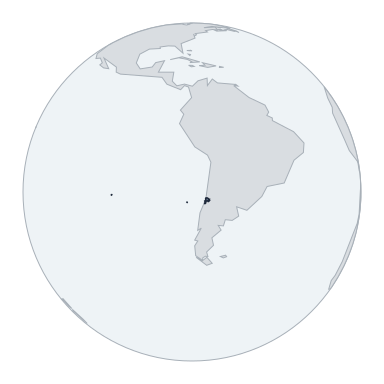 Valparaíso on an orthographic globe
{"feature_id": "CHL-2699", "entity_name": "Valparaíso", "entity_type": "Region", "adm_level": 1, "iso_a3": "CHL", "parent_name": "Chile", "parent_adm1": "", "projection": "orthographic", "projection_center": [-76.99, -30.119], "detail": "fine", "context": "on_globe", "style": "filled", "palette": "slate", "viewbox_px": 384, "rotation_deg": 0, "n_neighbors": 0, "source": "natural_earth", "source_scale": "10m", "svg_char_len": 4440}
<svg xmlns="http://www.w3.org/2000/svg" viewBox="0 0 384 384"><circle cx="192" cy="192" r="169" fill="#eef3f6" stroke="#a8b0b8"/><path d="M165.8,25.1L167.8,24.9L183.1,23.8L183.0,24.4L186.6,25.0L189.1,24.4L187.2,23.8L192.7,23.3L189.7,23.1L191.5,23.0L203.3,23.4L203.7,23.5L206.4,23.7L208.4,23.8L211.8,24.2L216.5,25.0L228.6,27.6L229.7,28.1L223.5,27.8L211.9,26.4L203.9,27.7L214.8,27.1L217.3,29.2L220.2,29.9L223.4,30.2L224.7,29.7L226.7,30.7L216.7,31.1L214.7,30.2L217.9,29.9L212.4,29.5L205.6,30.6L207.4,32.0L195.3,33.6L196.5,34.8L194.5,36.1L193.5,34.0L195.0,38.1L181.1,43.6L183.0,53.2L174.9,46.1L168.2,45.9L160.1,47.0L160.3,48.5L149.4,49.1L139.8,54.2L136.3,63.0L140.2,68.9L152.2,67.0L155.7,62.6L164.5,60.7L158.4,72.2L173.8,72.2L172.3,81.2L176.8,85.8L184.5,84.1L192.4,86.2L198.0,80.8L207.1,78.1L207.4,85.6L212.3,79.0L217.4,82.9L235.3,84.4L234.0,85.9L249.0,97.5L265.0,105.1L268.7,112.1L266.8,115.4L272.3,118.0L272.4,120.6L293.6,131.7L304.0,143.0L303.4,152.5L294.0,160.2L284.2,183.0L267.1,186.5L261.8,196.5L246.9,210.3L236.6,206.8L238.7,216.1L232.2,220.4L225.3,219.7L223.4,225.9L218.2,225.4L221.1,230.1L211.9,237.8L213.5,245.3L206.6,252.0L207.9,256.5L205.5,256.2L202.9,257.7L202.4,260.2L195.7,255.7L194.7,245.8L197.8,241.0L194.7,240.1L201.3,228.1L197.7,230.4L200.0,212.8L205.8,199.1L210.9,162.2L207.5,155.1L194.8,146.9L179.5,123.6L183.8,114.2L180.4,110.1L191.6,97.6L188.5,87.0L184.5,85.6L180.6,89.7L166.9,84.2L162.0,77.3L120.4,74.1L116.2,72.1L116.4,67.1L104.0,58.0L108.7,68.7L103.6,67.9L99.8,64.9L102.3,62.8L100.4,58.1L96.0,58.5L97.2,53.7L108.7,45.0L109.8,44.6L112.5,43.0L111.9,43.2L124.8,37.0L138.1,31.9L151.8,27.9L165.8,25.1ZM36.4,126.3L35.6,128.0L36.4,126.3ZM182.2,56.8L199.8,61.9L189.9,62.6L191.7,61.6L187.3,59.4L178.9,57.8L170.2,59.6L182.2,56.8ZM189.8,50.8L186.8,50.5L189.7,50.4L189.8,50.8ZM110.8,43.8L108.7,45.0L110.8,43.8ZM206.7,265.3L196.1,257.3L202.2,260.9L206.9,257.3L212.2,263.3L206.7,265.3ZM220.4,256.5L225.6,255.2L226.6,256.7L223.3,257.9L220.4,256.5ZM331.8,286.9L330.3,288.9L328.7,289.2L331.2,280.6L335.2,275.3L342.3,261.5L353.8,232.0L357.2,223.4L359.1,214.1L360.5,188.6L360.5,179.4L359.9,173.2L359.2,170.7L358.0,163.3L357.2,161.0L349.3,150.6L344.4,139.3L332.6,113.1L332.2,107.3L327.8,98.2L324.1,86.7L331.2,96.3L337.6,106.3L343.3,116.8L348.2,127.6L352.4,138.8L355.7,150.2L358.3,161.9L360.0,173.7L360.8,185.6L360.9,197.5L360.1,209.4L358.4,221.2L356.0,232.8L352.7,244.3L348.6,255.4L343.7,266.3L338.1,276.8L331.8,286.9ZM329.5,94.1L331.1,96.4L329.5,94.1ZM235.8,84.4L238.0,86.1L235.2,85.8L235.8,84.4ZM188.6,65.3L192.3,65.4L194.2,66.4L191.4,66.8L188.6,65.3ZM219.5,66.4L223.7,67.3L219.4,67.5L219.5,66.4ZM202.5,62.7L216.1,65.9L207.7,67.4L199.1,65.6L205.0,65.2L202.5,62.7ZM188.2,54.1L190.5,54.5L189.9,55.6L188.2,54.1ZM192.0,50.8L191.1,50.9L189.9,50.1L192.0,50.8ZM217.9,29.2L218.8,29.2L222.1,29.7L220.6,29.8L217.9,29.2ZM236.1,30.9L239.0,32.5L235.9,31.2L234.5,31.4L226.2,29.4L229.8,28.3L229.6,29.0L236.1,30.9ZM216.1,26.9L221.0,28.0L215.5,26.9L216.1,26.9ZM72.8,310.7L72.7,309.7L77.5,314.1L83.3,319.4L87.2,323.5L72.8,310.7ZM68.9,306.5L64.5,301.9L61.1,298.6L63.8,300.9L62.6,298.2L71.8,308.5L68.9,306.5Z" fill="#d9dde1" stroke="#a8b0b8" stroke-width="1"/><path d="M208.7,199.0L208.8,199.0L208.8,199.3L208.9,199.5L209.0,199.5L208.9,199.6L209.0,199.7L208.9,199.7L208.9,199.8L208.9,200.2L208.9,200.3L209.1,200.5L209.3,200.7L209.2,200.8L209.1,201.0L208.9,201.2L208.6,201.3L208.5,201.5L208.4,201.5L208.4,201.4L208.2,201.2L207.7,200.9L207.6,201.0L207.5,200.9L207.4,200.8L207.1,200.8L206.9,200.9L206.6,201.0L205.6,201.8L205.6,202.0L205.8,202.3L205.8,202.5L205.8,202.8L205.7,202.9L205.6,203.0L205.4,203.2L205.4,203.3L205.2,203.4L205.2,203.5L204.9,203.6L204.7,203.6L204.6,203.2L204.8,203.0L205.0,202.9L205.1,202.7L205.2,202.4L205.0,202.1L205.0,201.9L205.1,201.7L205.0,201.3L205.0,201.2L204.9,201.1L205.1,201.0L205.1,200.9L205.3,200.9L205.4,200.7L205.5,200.5L205.5,200.4L205.5,200.2L205.7,199.9L205.7,199.6L205.7,199.4L205.8,199.3L205.8,199.1L205.8,198.9L205.7,198.9L205.7,198.7L205.6,198.4L205.8,198.1L206.0,198.1L206.4,198.0L206.4,197.9L206.5,197.9L206.8,198.0L207.0,197.9L207.4,198.0L207.5,198.0L207.8,198.3L208.1,198.4L208.2,198.5L208.3,198.6L208.5,198.7L208.6,198.8L208.7,199.0ZM111.8,194.7L111.8,194.8L111.7,194.9L111.6,195.0L111.4,195.1L111.3,194.9L111.4,194.7L111.6,194.8L111.7,194.7L111.8,194.7ZM187.6,202.3L187.4,202.4L187.2,202.5L187.1,202.4L187.3,202.3L187.3,202.2L187.5,202.3L187.6,202.3Z" fill="#64748b" stroke="#1e293b" stroke-width="1.5"/></svg>